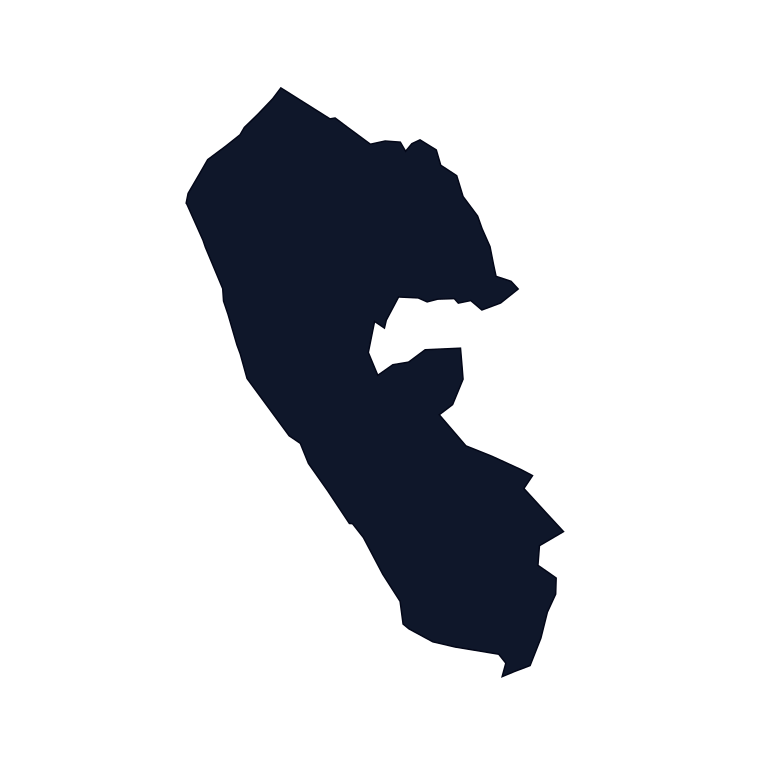 outline of Petrofani, Larnaca, Cyprus, rotated 347°
{"feature_id": "46923920B51924091831082", "entity_name": "Petrofani", "entity_type": "district", "adm_level": 2, "iso_a3": "CYP", "parent_name": "Cyprus", "parent_adm1": "Larnaca", "projection": "natural_earth1", "projection_center": [33.515, 35.031], "detail": "fine", "context": "isolated", "style": "filled", "palette": "ink", "viewbox_px": 768, "rotation_deg": 347, "n_neighbors": 0, "source": "geoboundaries", "source_scale": "gbopen_adm2", "svg_char_len": 1308}
<svg xmlns="http://www.w3.org/2000/svg" viewBox="0 0 768 768"><g transform="rotate(347 384 384)"><path d="M503.2,606.3L493.2,595.3L499.1,576.5L525.7,568.2L512.6,545.3L496.8,517.3L508.1,506.7L498.6,498.5L472.9,478.7L449.9,462.7L430.9,426.4L446.2,419.5L462.1,397.1L463.9,385.1L466.6,366.3L431.8,359.9L412.8,368.2L397.0,367.2L379.9,374.1L375.8,349.8L388.9,320.9L397.0,329.6L400.6,322.3L417.8,302.5L436.7,307.8L444.5,313.7L455.5,313.4L471.7,316.6L474.6,321.9L487.3,322.2L496.0,333.9L515.9,331.3L536.1,321.6L530.9,312.5L517.4,304.3L517.6,292.2L518.2,274.0L514.5,254.7L513.0,241.4L503.2,219.1L501.7,197.4L488.5,183.6L487.6,167.7L474.0,154.2L465.2,156.1L457.4,162.1L454.3,152.0L439.8,147.5L424.7,147.3L406.2,125.7L396.2,113.8L391.0,113.5L350.1,72.3L339.6,81.1L321.5,93.0L305.6,102.6L299.8,108.8L283.2,116.7L262.7,125.7L250.8,138.5L236.0,154.2L231.9,163.3L232.4,164.5L240.0,203.3L240.7,210.4L248.3,254.8L246.3,267.1L247.7,281.0L249.5,312.9L250.7,322.3L251.8,347.8L278.2,409.1L279.9,413.1L289.1,423.0L292.5,444.4L305.0,475.1L318.9,512.1L321.9,513.0L329.4,529.0L340.0,569.1L350.8,599.4L348.6,622.2L353.3,628.3L373.6,646.2L394.4,656.4L435.0,673.1L439.9,683.4L433.3,695.7L446.3,693.5L463.0,691.2L479.7,666.9L491.9,643.0L504.0,627.4L508.1,611.8L503.2,606.3Z" fill="#0f172a" stroke="#020617" stroke-width="1.5"/></g></svg>